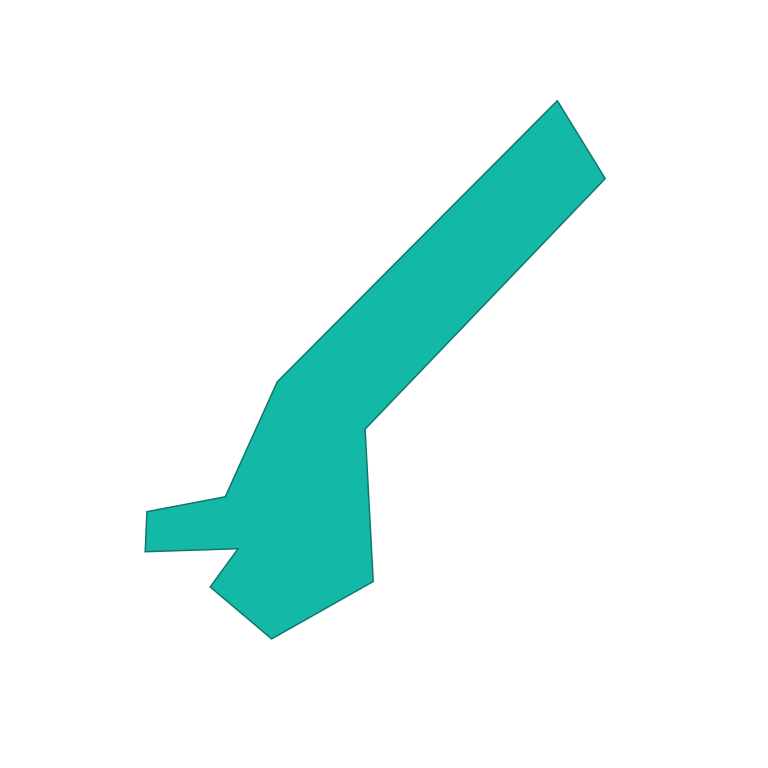 Kapoeta South, Eastern Equatoria, South Sudan (Robinson projection), rotated 245°
{"feature_id": "79223893B10541432646171", "entity_name": "Kapoeta South", "entity_type": "district", "adm_level": 2, "iso_a3": "SSD", "parent_name": "South Sudan", "parent_adm1": "Eastern Equatoria", "projection": "robinson", "projection_center": [33.621, 4.545], "detail": "fine", "context": "isolated", "style": "filled", "palette": "teal", "viewbox_px": 768, "rotation_deg": 245, "n_neighbors": 0, "source": "geoboundaries", "source_scale": "gbopen_adm2", "svg_char_len": 314}
<svg xmlns="http://www.w3.org/2000/svg" viewBox="0 0 768 768"><g transform="rotate(245 384 384)"><path d="M200.5,174.4L209.6,290.8L351.1,347.8L476.7,671.3L567.5,660.8L431.1,288.2L348.9,192.5L368.5,115.2L332.9,96.7L296.4,182.1L273.5,140.7L200.5,174.4Z" fill="#14b8a6" stroke="#0f766e" stroke-width="1.5"/></g></svg>